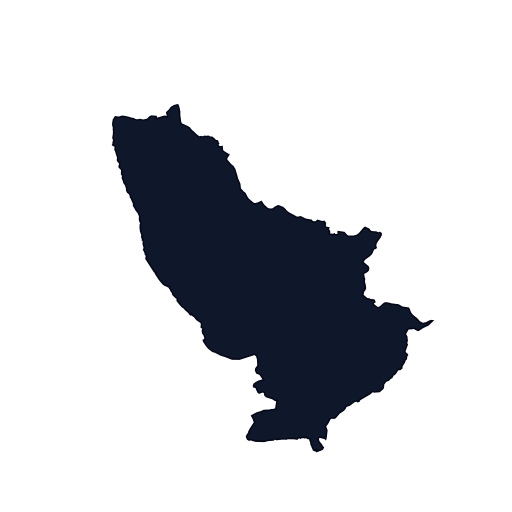 outline of Dambovicioara, Arges, Romania, rotated 324°
{"feature_id": "2599482B9633090752997", "entity_name": "Dambovicioara", "entity_type": "district", "adm_level": 2, "iso_a3": "ROU", "parent_name": "Romania", "parent_adm1": "Arges", "projection": "equal_earth", "projection_center": [25.229, 45.461], "detail": "fine", "context": "isolated", "style": "filled", "palette": "ink", "viewbox_px": 512, "rotation_deg": 324, "n_neighbors": 0, "source": "geoboundaries", "source_scale": "gbopen_adm2", "svg_char_len": 6116}
<svg xmlns="http://www.w3.org/2000/svg" viewBox="0 0 512 512"><g transform="rotate(324 256 256)"><path d="M360.8,412.2L359.8,411.3L358.6,410.8L354.3,410.1L351.4,408.8L350.7,407.9L349.5,405.1L349.2,401.3L348.1,397.6L347.6,395.1L347.6,392.5L348.7,388.5L348.7,387.8L344.2,383.4L342.4,379.3L337.2,374.4L335.6,372.3L333.3,370.1L331.8,369.7L326.2,370.2L324.5,369.7L323.8,369.1L322.4,363.9L323.3,362.9L325.2,363.0L325.6,361.1L324.6,360.0L322.9,358.8L322.6,357.7L320.7,355.8L319.4,350.4L322.1,347.9L324.4,347.2L325.6,346.4L327.1,343.7L328.5,340.2L330.2,338.5L331.0,336.2L332.4,333.6L333.2,333.4L336.4,333.8L338.1,333.6L339.8,332.3L340.4,330.6L338.9,324.4L339.1,323.5L342.0,322.4L348.3,322.4L351.1,321.9L355.2,319.4L357.2,320.0L358.1,319.9L358.6,318.2L360.4,316.3L363.1,315.1L367.7,313.6L368.3,313.0L369.3,312.8L370.5,311.3L369.9,309.7L368.8,309.8L367.2,307.2L364.9,305.4L363.4,303.8L363.0,302.3L363.1,300.6L361.0,296.9L359.4,297.0L353.4,298.5L351.0,298.7L349.0,298.4L346.4,297.3L342.4,294.4L341.6,293.2L341.1,288.8L336.8,284.6L335.1,287.0L332.3,285.2L332.4,284.2L331.1,284.0L328.5,281.8L328.4,280.9L329.0,280.6L330.1,278.9L330.0,276.9L331.4,276.0L329.6,274.1L329.2,272.6L331.2,270.6L331.5,269.6L331.5,268.1L329.9,267.3L329.0,266.4L326.8,263.4L324.4,263.6L322.3,262.1L321.8,261.4L321.8,259.7L317.6,255.3L315.2,250.6L311.8,248.9L307.7,240.3L306.8,237.0L306.8,235.2L306.2,232.6L303.8,228.7L303.2,228.3L300.1,227.8L297.3,227.9L295.4,226.9L293.6,225.1L293.0,223.8L292.1,219.1L292.3,215.1L288.5,214.3L286.4,213.5L284.8,212.1L283.2,205.5L283.2,203.3L283.9,198.8L283.3,196.9L282.8,192.3L285.2,188.1L286.5,182.1L287.4,180.1L289.8,173.1L290.0,169.8L289.3,167.6L288.7,161.0L289.3,160.0L290.4,159.2L293.5,158.1L291.7,154.0L290.9,151.6L291.0,150.7L292.9,147.5L291.1,146.6L290.2,145.5L290.4,144.8L290.3,144.0L291.0,143.1L291.8,143.0L291.8,141.9L292.4,140.9L292.4,140.1L291.0,138.7L291.0,136.9L290.2,134.1L288.6,132.8L287.7,131.0L286.3,130.4L284.8,129.0L282.5,128.3L281.7,127.1L280.3,126.6L279.8,126.0L278.8,122.7L278.1,118.4L277.6,116.9L277.4,113.1L276.4,110.8L273.3,105.4L273.3,104.5L273.9,102.8L277.0,97.1L279.0,94.4L280.9,90.3L281.6,87.9L280.7,87.2L278.0,86.3L274.9,86.0L271.6,87.0L268.2,87.4L267.5,88.7L267.0,90.5L266.4,91.3L265.8,91.4L264.9,89.8L263.7,89.0L256.3,86.4L256.1,85.9L257.1,85.1L257.1,84.3L253.7,81.4L252.2,81.0L248.5,81.6L244.7,80.0L242.2,77.3L240.3,76.5L239.1,75.5L238.2,74.4L237.6,72.9L235.9,71.2L234.5,69.2L231.7,66.0L229.7,64.2L226.7,63.3L224.0,60.7L220.7,62.0L218.0,64.7L216.8,66.6L216.3,68.4L215.0,69.8L214.2,71.4L212.1,74.0L209.8,76.2L208.8,79.1L207.8,79.6L206.3,81.3L205.3,81.9L206.4,84.0L206.3,85.0L204.4,87.2L204.1,89.2L203.6,90.2L202.2,94.5L201.8,95.5L200.3,96.9L200.0,98.3L200.3,100.5L199.8,101.6L198.2,102.8L197.5,103.8L198.0,106.5L197.7,107.9L195.4,110.7L195.4,113.0L194.1,113.8L193.4,115.4L193.4,116.1L192.2,119.3L192.3,121.3L191.8,123.4L191.1,125.2L189.9,127.1L189.6,129.0L190.3,131.4L189.7,133.7L189.1,134.4L189.0,136.1L187.8,141.6L186.5,143.4L186.4,145.8L186.0,148.4L186.1,152.1L185.3,155.4L182.9,158.5L183.1,159.3L182.4,159.8L182.3,161.9L181.0,162.5L178.7,165.4L178.1,166.9L177.4,167.7L176.0,172.2L174.6,173.6L174.8,174.2L174.4,174.7L174.8,175.4L174.6,175.9L173.5,176.2L173.9,176.9L173.8,177.6L171.8,180.0L170.5,183.6L170.0,184.2L168.9,184.6L168.2,188.4L167.4,189.8L167.8,191.2L165.4,193.5L164.5,209.3L165.6,210.6L164.4,211.1L164.0,218.2L164.4,223.8L165.1,226.1L166.2,227.7L167.4,230.3L167.1,231.6L167.4,233.0L166.9,233.6L166.8,236.7L166.1,238.4L166.7,242.4L167.3,243.7L167.2,244.2L166.0,245.8L166.1,249.5L166.5,253.7L167.4,255.9L167.4,258.3L168.2,261.0L168.4,265.0L169.7,265.0L169.5,266.1L170.6,268.9L170.7,272.6L172.4,277.5L172.2,278.7L169.8,281.6L170.5,282.9L170.4,283.7L168.9,284.7L167.6,286.9L167.5,289.9L167.0,291.0L166.9,291.9L166.4,292.4L166.2,293.3L163.9,293.2L163.5,294.1L163.2,299.3L163.5,303.0L164.9,307.7L166.6,309.9L169.4,315.5L172.1,319.1L176.1,325.3L182.0,329.7L196.9,334.6L197.5,335.1L197.5,336.4L197.9,337.1L196.6,340.6L193.2,345.9L189.7,347.0L188.4,348.4L187.8,351.1L189.7,354.0L189.4,360.7L184.7,358.9L181.7,358.5L179.2,358.5L177.7,359.5L177.3,360.6L178.2,361.6L178.6,362.7L178.6,363.7L178.2,364.3L177.6,367.5L177.8,368.3L178.2,368.8L181.2,369.6L182.1,370.4L182.6,371.6L181.4,373.9L181.4,374.5L181.9,375.6L181.7,375.9L185.5,381.0L186.8,384.3L188.2,385.2L182.1,391.3L179.7,390.5L178.1,389.4L176.6,388.9L171.5,385.6L168.5,385.0L164.4,383.5L158.6,382.7L158.2,386.0L156.8,390.2L155.7,390.3L149.5,392.7L147.0,394.0L147.3,394.7L146.6,394.5L145.3,395.4L144.9,395.2L142.4,396.3L142.0,396.9L141.5,399.4L142.1,400.1L142.2,400.9L143.6,401.3L146.8,405.5L152.6,410.0L154.1,411.0L157.3,412.2L162.0,415.1L163.6,414.8L164.8,416.6L169.6,419.3L173.2,422.0L174.3,422.2L179.6,426.2L181.7,428.3L183.5,427.9L184.4,428.1L184.7,429.5L186.2,429.5L186.9,430.2L187.6,430.3L188.3,431.5L189.7,432.1L190.8,434.2L191.5,434.6L191.7,435.1L191.8,436.4L192.0,436.5L191.1,437.3L191.3,438.7L190.5,439.4L189.9,440.7L188.5,446.8L189.2,448.0L189.4,448.1L189.8,447.2L190.0,447.2L191.3,448.2L191.4,448.5L190.9,449.0L190.1,449.2L189.9,449.5L190.1,449.8L195.7,451.3L196.5,451.2L197.9,450.5L197.7,448.9L198.0,447.2L197.7,443.9L198.2,441.3L199.7,439.9L200.9,439.7L204.6,444.2L204.7,445.1L205.3,444.7L210.6,439.0L211.1,438.1L211.5,436.1L211.9,435.4L211.9,434.4L214.1,434.0L216.1,433.2L218.8,431.9L219.3,431.2L220.6,431.4L221.5,431.2L224.1,433.2L225.2,433.4L231.0,432.0L235.8,432.2L238.1,431.8L239.8,430.8L241.1,430.7L243.9,431.6L250.1,431.5L252.1,432.3L252.7,433.7L254.1,434.0L254.4,433.4L256.4,433.3L267.5,434.4L269.9,434.0L270.9,434.5L272.1,435.7L276.2,438.2L280.8,437.8L282.4,436.5L283.5,434.9L286.4,433.9L288.2,433.7L290.3,434.4L292.2,433.9L294.4,434.1L296.1,433.5L295.0,433.7L296.3,432.8L297.7,433.1L299.9,432.9L303.1,431.6L304.3,431.4L306.0,432.5L308.0,432.4L309.5,430.7L313.5,429.2L315.4,427.8L317.1,427.6L319.0,425.5L320.4,425.1L320.5,424.2L319.9,422.0L320.3,420.6L326.3,416.5L326.2,415.8L327.3,414.0L327.9,413.9L329.0,412.7L329.3,411.8L330.5,410.0L330.8,406.9L336.4,404.3L339.1,406.2L341.1,407.0L343.0,410.8L343.6,411.6L349.3,411.9L354.7,413.0L360.8,412.2Z" fill="#0f172a" stroke="#020617" stroke-width="1.5"/></g></svg>